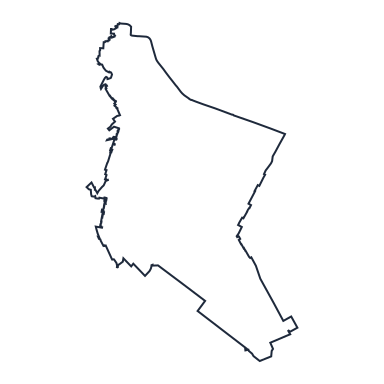 Sector 4, Bucharest, Romania (Mercator projection)
{"feature_id": "2599482B40400618914194", "entity_name": "Sector 4", "entity_type": "district", "adm_level": 2, "iso_a3": "ROU", "parent_name": "Romania", "parent_adm1": "Bucharest", "projection": "mercator", "projection_center": [26.104, 44.382], "detail": "fine", "context": "isolated", "style": "outline", "palette": "slate", "viewbox_px": 384, "rotation_deg": 0, "n_neighbors": 0, "source": "geoboundaries", "source_scale": "gbopen_adm2", "svg_char_len": 5719}
<svg xmlns="http://www.w3.org/2000/svg" viewBox="0 0 384 384"><path d="M245.2,348.7L245.4,350.4L248.4,349.7L248.8,350.9L252.1,353.7L253.5,356.1L259.7,361.0L271.2,356.4L271.7,350.9L273.0,348.9L270.3,342.7L287.0,335.6L290.2,334.3L288.3,330.9L288.7,330.6L289.9,331.6L290.5,331.5L297.4,327.7L291.2,316.5L283.3,320.9L273.7,303.0L260.3,278.7L255.9,265.8L251.3,257.3L250.2,258.0L249.1,256.9L245.5,250.6L245.3,250.7L244.0,248.1L243.7,248.4L241.4,244.2L241.1,244.3L238.8,239.9L240.2,238.9L238.9,236.5L238.6,236.3L237.2,237.1L236.7,236.2L238.6,233.5L241.8,227.0L238.1,225.0L238.7,223.9L239.0,223.1L242.1,217.7L243.3,218.3L243.6,217.7L243.7,217.8L247.1,211.8L247.0,211.7L248.0,209.7L249.2,208.0L249.5,208.1L251.0,205.1L248.5,203.7L255.1,191.2L254.6,191.0L257.8,185.1L259.3,185.9L263.5,177.5L265.1,174.7L264.0,174.1L265.7,170.4L267.2,168.5L270.9,163.5L271.4,162.6L272.1,161.1L272.6,157.2L272.7,156.4L275.4,151.7L279.7,143.7L284.5,135.1L285.0,134.0L270.5,128.5L252.7,122.0L233.7,115.4L233.3,114.9L232.6,114.6L232.1,114.7L215.2,108.4L203.5,104.4L196.1,101.7L193.0,100.5L191.7,99.9L191.2,100.0L189.3,99.0L189.2,98.7L184.3,95.3L182.2,93.4L180.7,91.7L176.9,86.6L175.8,85.4L172.3,80.9L169.6,77.5L165.9,72.6L163.3,69.0L158.4,62.9L157.2,61.2L156.5,60.0L156.0,58.8L155.4,56.8L152.4,46.5L151.0,41.1L150.3,39.5L149.4,38.3L147.9,37.2L146.3,36.7L139.0,36.2L137.7,36.2L132.0,35.6L131.0,35.2L130.7,34.8L130.9,32.4L131.1,26.7L129.6,25.2L128.1,24.4L127.1,24.1L126.0,23.9L121.7,23.6L120.6,23.5L119.5,23.0L119.2,24.2L117.8,24.1L117.5,26.6L116.5,25.8L116.3,25.8L115.3,26.2L115.3,26.5L116.6,27.9L116.3,28.1L114.2,29.3L113.3,29.5L112.9,29.5L112.4,29.7L111.9,29.5L111.7,29.0L111.0,29.0L110.8,33.5L113.9,33.7L113.8,34.1L115.0,35.7L113.8,36.6L114.0,36.8L113.3,37.1L113.1,37.0L112.0,37.5L111.8,36.8L111.3,36.1L110.8,36.5L111.0,37.1L110.7,37.0L109.9,37.2L110.0,37.6L109.3,37.7L109.5,38.5L108.7,38.6L108.8,38.9L109.5,39.9L109.1,40.2L108.6,40.4L108.6,40.6L107.6,40.7L107.6,41.3L105.5,41.2L105.5,41.4L105.2,41.9L104.8,42.2L103.7,42.2L103.3,48.3L100.1,48.1L100.1,50.4L99.5,51.1L99.6,54.2L99.6,55.5L99.3,55.4L98.3,56.2L98.3,57.7L97.7,58.2L97.7,58.7L96.9,58.8L97.7,61.1L98.4,62.1L98.8,62.6L99.7,63.4L99.5,63.7L98.4,64.1L99.4,64.8L100.4,64.5L101.0,64.3L101.8,64.7L102.2,64.7L103.5,67.7L103.8,68.1L104.0,68.2L104.1,68.5L105.9,70.7L109.0,72.4L109.4,71.7L110.5,72.3L111.1,72.5L112.0,74.5L111.0,77.6L110.7,78.0L108.0,79.0L107.5,79.1L107.3,77.7L107.2,77.5L106.1,76.9L105.4,77.5L104.9,78.0L103.8,79.9L100.4,86.6L101.0,87.9L100.7,88.1L101.0,88.9L102.7,86.2L103.7,85.1L104.1,84.9L104.3,84.6L104.8,84.6L105.6,84.3L106.3,85.4L106.3,85.5L106.1,85.8L106.4,85.8L106.5,85.9L106.9,85.7L107.0,85.9L106.8,86.0L105.6,87.0L106.4,88.3L105.6,88.9L109.6,95.9L110.0,95.7L110.5,96.5L110.4,96.6L111.3,97.5L111.1,97.7L112.0,98.7L112.4,98.2L112.6,98.3L112.5,98.5L113.1,98.9L112.8,99.4L113.5,100.0L113.8,99.6L114.6,100.4L115.5,100.9L115.3,101.1L115.6,101.3L115.2,101.7L115.6,102.0L114.3,103.6L115.6,104.6L114.5,105.7L117.2,108.0L116.7,108.3L117.2,108.8L120.0,115.2L119.0,115.6L117.2,115.9L113.0,118.8L115.0,121.6L112.1,124.2L111.8,124.5L110.4,126.7L107.9,128.6L109.3,130.3L114.0,126.7L118.9,128.3L118.7,129.2L119.0,129.3L118.8,129.8L118.6,129.7L118.4,130.4L118.1,130.3L118.0,130.5L117.8,130.5L117.7,130.7L118.2,130.8L118.1,131.1L118.4,131.2L118.4,131.5L118.2,132.0L117.9,131.9L117.4,133.7L117.0,133.7L116.9,134.1L116.7,134.1L116.6,134.9L116.9,135.0L116.6,136.0L116.4,137.0L116.2,136.9L116.1,137.2L115.0,137.0L113.9,136.9L113.9,137.5L113.0,137.5L112.9,137.8L112.9,138.0L113.1,138.0L113.1,138.4L110.1,139.0L110.0,138.4L109.7,138.4L109.8,139.0L107.2,139.6L106.9,140.2L111.3,139.2L113.7,138.8L115.1,138.8L115.0,139.1L116.5,139.3L116.4,139.5L115.6,139.3L115.5,139.6L114.4,139.5L113.0,143.9L113.6,144.1L113.8,143.6L114.1,143.7L113.9,144.2L114.7,144.4L114.6,144.7L112.9,144.1L111.5,148.4L110.8,148.2L110.1,150.5L110.5,150.7L110.9,149.3L112.3,149.7L112.2,150.0L111.9,150.6L111.5,150.5L111.4,151.0L111.7,151.1L111.4,152.1L110.5,151.8L110.4,152.0L110.2,152.6L110.8,152.8L110.5,153.5L108.1,161.3L107.3,163.1L107.2,163.1L105.0,169.6L105.6,169.8L105.6,170.0L106.5,170.2L105.2,174.2L106.0,174.5L106.1,174.8L106.5,175.0L106.4,175.4L105.5,178.1L105.0,179.4L105.6,179.6L105.8,179.7L106.3,179.5L106.6,180.2L107.8,179.8L107.9,180.1L105.7,181.0L103.9,185.0L103.6,185.5L102.0,187.0L98.6,190.9L97.3,193.2L96.9,192.4L95.2,189.4L94.9,189.5L94.9,187.4L94.1,187.5L91.5,182.5L86.6,187.1L88.9,189.3L90.8,189.8L91.1,194.0L91.6,196.1L91.8,196.3L94.2,196.6L95.2,196.1L95.5,198.2L98.0,198.6L99.2,198.5L99.4,197.7L104.1,198.6L104.4,197.5L104.6,197.5L106.4,198.0L106.2,199.0L106.5,199.0L106.3,200.2L104.5,199.9L104.3,200.8L104.9,200.9L104.8,201.8L105.8,201.9L105.6,203.1L105.7,203.8L104.4,203.6L104.1,204.9L104.0,205.5L104.3,205.6L104.2,206.2L103.9,207.7L103.7,207.6L103.2,209.8L102.0,209.6L101.7,211.1L101.6,211.9L102.0,211.9L102.1,211.4L102.4,211.1L103.6,211.3L103.4,212.2L104.0,212.3L103.7,214.0L102.5,213.8L102.1,215.9L102.6,216.0L102.5,216.3L102.3,217.6L101.8,217.5L101.1,221.3L101.5,221.4L101.4,222.1L101.2,222.0L100.7,224.7L100.4,224.6L100.1,226.3L101.2,226.5L101.1,227.1L102.1,227.3L102.0,227.7L95.8,226.6L96.5,229.5L97.7,233.6L99.1,237.1L98.1,236.9L99.0,238.9L99.5,239.0L100.4,239.5L100.7,240.7L103.4,245.8L103.9,245.5L104.0,245.9L104.5,246.0L105.7,245.5L111.8,258.9L112.2,259.6L113.4,259.3L114.0,259.4L116.4,262.9L116.6,263.5L117.1,265.8L116.8,268.0L117.1,267.4L117.8,267.2L117.9,266.0L118.2,265.1L118.7,264.6L119.2,264.4L122.8,261.7L123.4,258.3L131.2,266.4L133.3,263.7L145.0,275.9L149.5,271.1L149.9,270.4L150.6,269.1L151.0,268.1L151.4,266.5L151.5,265.2L152.5,264.8L152.5,265.6L158.0,265.4L183.2,284.3L200.1,297.1L205.1,300.9L197.6,311.0L246.2,348.3L245.2,348.7Z" fill="none" stroke="#1e293b" stroke-width="2"/></svg>